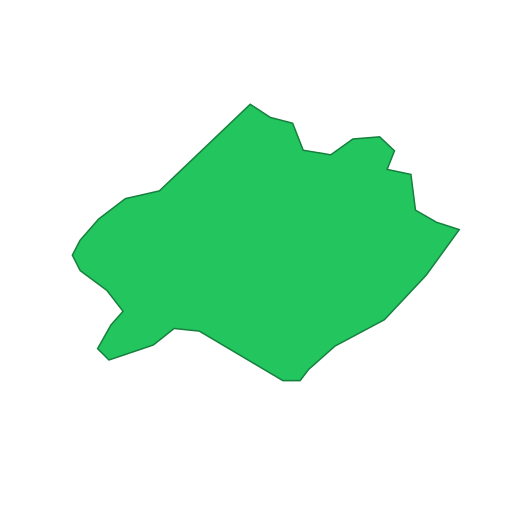 the district of Bakay-Ata, Talas, Kyrgyzstan, rotated 123°
{"feature_id": "92254566B8292928272806", "entity_name": "Bakay-Ata", "entity_type": "district", "adm_level": 2, "iso_a3": "KGZ", "parent_name": "Kyrgyzstan", "parent_adm1": "Talas", "projection": "natural_earth1", "projection_center": [71.964, 42.346], "detail": "fine", "context": "isolated", "style": "filled", "palette": "green", "viewbox_px": 512, "rotation_deg": 123, "n_neighbors": 0, "source": "geoboundaries", "source_scale": "gbopen_adm2", "svg_char_len": 576}
<svg xmlns="http://www.w3.org/2000/svg" viewBox="0 0 512 512"><g transform="rotate(123 256 256)"><path d="M336.5,151.1L322.5,150.1L288.5,140.7L239.5,113.6L179.3,102.8L123.2,99.9L129.4,123.0L130.7,147.2L103.2,170.5L112.0,193.2L92.4,197.1L88.7,217.2L105.1,238.5L130.4,248.4L141.6,274.0L124.7,297.6L132.0,319.5L131.9,343.5L254.0,372.5L279.0,396.8L310.6,408.1L338.6,412.1L355.3,410.5L364.0,395.5L366.1,362.3L374.8,337.4L392.8,340.1L420.0,338.4L423.3,322.7L386.5,293.6L361.4,285.2L349.9,262.7L345.9,165.6L336.5,151.1Z" fill="#22c55e" stroke="#15803d" stroke-width="1.5"/></g></svg>